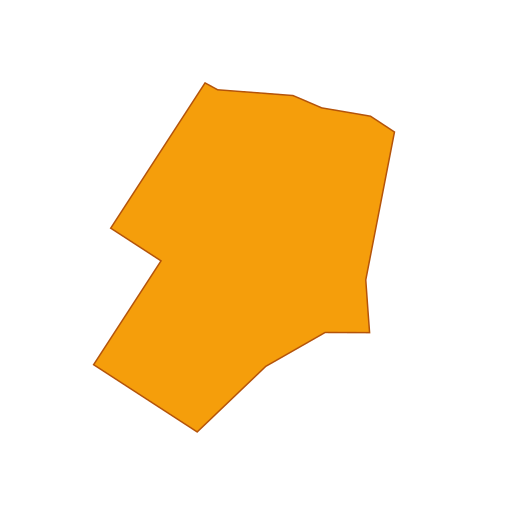 the district of 82, Ar Rayyān, Qatar, rotated 303°
{"feature_id": "91078587B69331061466095", "entity_name": "82", "entity_type": "district", "adm_level": 2, "iso_a3": "QAT", "parent_name": "Qatar", "parent_adm1": "Ar Rayyān", "projection": "natural_earth1", "projection_center": [51.205, 25.205], "detail": "fine", "context": "isolated", "style": "filled", "palette": "amber", "viewbox_px": 512, "rotation_deg": 303, "n_neighbors": 0, "source": "geoboundaries", "source_scale": "gbopen_adm2", "svg_char_len": 408}
<svg xmlns="http://www.w3.org/2000/svg" viewBox="0 0 512 512"><g transform="rotate(303 256 256)"><path d="M76.4,179.0L76.4,302.5L168.8,324.3L229.5,355.6L253.6,393.0L272.4,378.7L295.7,361.1L382.0,326.2L435.4,304.6L435.4,304.4L435.6,275.9L416.0,230.4L414.6,222.1L410.7,199.6L374.5,133.3L373.4,119.0L350.8,119.0L200.2,119.0L200.2,179.0L76.4,179.0Z" fill="#f59e0b" stroke="#b45309" stroke-width="1.5"/></g></svg>